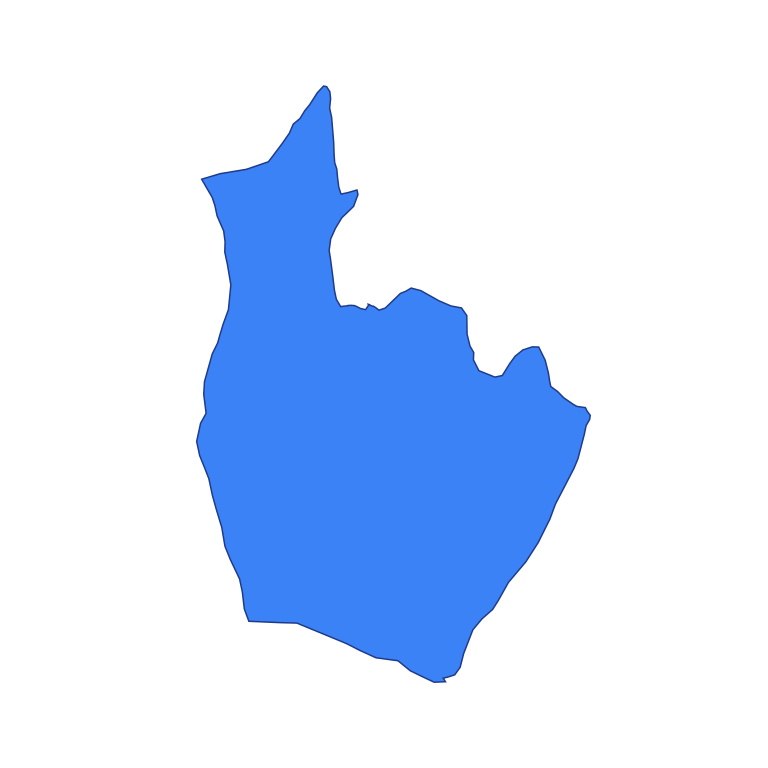 Yagba West, Kogi, Nigeria (Robinson projection), rotated 168°
{"feature_id": "59680162B26925253941931", "entity_name": "Yagba West", "entity_type": "district", "adm_level": 2, "iso_a3": "NGA", "parent_name": "Nigeria", "parent_adm1": "Kogi", "projection": "robinson", "projection_center": [5.518, 8.278], "detail": "fine", "context": "isolated", "style": "filled", "palette": "blue", "viewbox_px": 768, "rotation_deg": 168, "n_neighbors": 0, "source": "geoboundaries", "source_scale": "gbopen_adm2", "svg_char_len": 2095}
<svg xmlns="http://www.w3.org/2000/svg" viewBox="0 0 768 768"><g transform="rotate(168 384 384)"><path d="M191.9,319.0L200.0,322.0L203.5,325.1L211.1,333.2L215.6,340.3L221.4,346.9L221.4,352.0L220.9,360.6L221.4,373.8L225.0,388.0L231.2,389.5L241.0,388.5L250.0,383.9L256.7,377.9L266.5,367.7L274.1,367.7L288.4,377.3L291.5,389.0L289.7,396.1L292.0,403.2L292.4,415.4L288.8,433.7L292.4,442.3L302.2,446.4L303.4,447.2L313.0,454.0L328.6,467.7L337.5,472.2L343.3,470.2L349.1,469.2L367.0,458.0L373.6,457.3L376.3,460.5L378.3,462.4L379.1,462.4L382.0,464.8L382.9,465.3L382.8,464.2L386.5,460.6L388.0,461.2L389.8,462.1L391.4,462.8L394.3,465.2L396.5,466.8L399.9,467.8L403.1,468.3L404.6,468.1L406.9,468.5L410.3,468.7L411.9,473.5L413.0,476.8L413.0,485.9L411.7,500.1L410.3,517.9L409.9,526.0L405.9,537.2L405.1,538.2L399.2,546.3L390.7,555.4L380.1,562.0L376.8,564.1L370.1,574.7L370.1,579.4L379.4,578.7L379.6,578.7L386.5,578.7L386.7,580.0L387.3,586.0L386.5,595.8L385.5,603.9L386.2,610.8L385.1,618.9L383.0,630.7L379.8,655.5L379.8,665.2L378.0,670.8L376.9,674.2L376.2,681.1L378.3,686.8L381.2,688.0L388.7,682.7L398.7,672.6L404.8,667.7L410.9,661.2L418.7,657.1L424.4,649.0L427.3,646.3L428.8,644.9L433.0,640.9L447.0,628.7L450.9,625.4L474.1,622.6L500.3,623.8L515.6,622.6L519.8,622.2L513.2,602.1L512.3,593.5L512.3,583.1L509.0,567.0L509.8,557.1L509.8,556.5L512.3,546.1L512.3,533.7L513.2,512.8L520.7,489.1L529.0,475.8L534.7,465.4L538.2,458.7L545.7,449.2L559.1,423.6L562.5,411.3L562.5,410.9L564.1,392.3L571.6,383.7L579.2,366.7L579.2,352.4L576.7,338.2L575.0,327.7L575.0,310.7L574.1,296.4L572.5,277.4L573.3,258.4L570.8,244.2L565.8,223.3L565.8,210.0L567.4,192.9L565.5,180.0L534.9,172.1L519.5,168.4L519.0,168.3L474.7,137.9L463.0,128.4L448.8,117.9L427.9,110.4L417.9,98.0L407.0,89.5L397.0,81.9L385.8,80.0L387.2,84.0L383.0,84.0L375.3,84.8L368.4,91.1L362.1,103.8L348.2,125.1L337.0,133.9L324.5,141.0L317.1,148.6L303.5,164.1L282.2,180.6L266.0,197.0L249.8,217.4L241.3,230.9L227.7,247.4L215.8,261.9L209.8,270.6L198.4,293.4L195.0,301.2L190.2,306.6L188.8,310.5L190.9,315.1L191.9,319.0Z" fill="#3b82f6" stroke="#1e3a8a" stroke-width="1.5"/></g></svg>